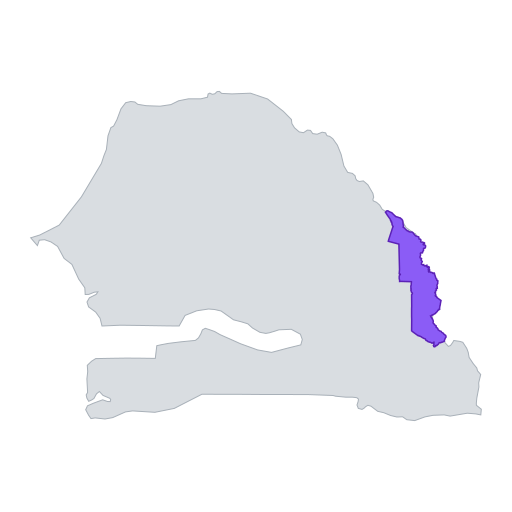 location of Bakel, Tambacounda, Senegal
{"feature_id": "50182788B16013842146029", "entity_name": "Bakel", "entity_type": "district", "adm_level": 2, "iso_a3": "SEN", "parent_name": "Senegal", "parent_adm1": "Tambacounda", "projection": "mercator", "projection_center": [-12.18, 14.211], "detail": "fine", "context": "in_parent", "style": "filled", "palette": "violet", "viewbox_px": 512, "rotation_deg": 0, "n_neighbors": 0, "source": "geoboundaries", "source_scale": "gbopen_adm2", "svg_char_len": 8708}
<svg xmlns="http://www.w3.org/2000/svg" viewBox="0 0 512 512"><path d="M415.5,233.7L422.4,245.9L420.9,251.7L419.3,260.2L423.2,266.4L427.8,270.4L431.1,274.1L434.7,279.3L435.2,289.4L434.6,296.8L436.9,300.1L438.9,304.3L438.5,307.7L437.2,310.8L432.8,314.9L432.1,322.5L439.2,331.7L443.8,336.7L443.7,339.6L445.0,342.7L448.4,346.4L450.5,345.5L452.7,342.5L453.8,340.5L459.9,341.4L462.8,342.3L466.7,348.3L468.2,352.3L469.1,357.4L473.2,363.6L476.8,368.0L477.5,370.8L480.7,374.5L478.7,382.8L478.9,387.0L476.8,398.1L476.3,403.4L476.4,405.3L481.3,409.2L480.8,414.9L475.8,413.9L467.3,413.2L450.1,416.1L444.2,414.9L433.0,415.3L424.9,416.9L414.7,420.6L406.8,419.7L402.6,416.8L396.9,417.0L390.6,415.5L383.8,412.7L377.7,411.3L371.0,406.2L367.9,405.3L365.7,406.6L363.9,408.3L362.0,409.4L358.3,408.4L357.0,405.0L358.1,401.6L358.5,399.1L356.8,397.7L352.7,397.2L346.1,397.2L335.6,396.2L333.1,395.5L309.4,394.6L284.9,394.5L264.0,394.5L237.8,394.3L219.3,394.3L202.0,394.2L188.7,401.0L174.3,408.4L154.9,412.3L132.6,410.9L125.5,411.9L118.1,415.2L112.7,417.6L105.0,419.0L95.1,417.9L91.0,418.6L88.6,415.2L85.7,409.7L87.5,405.8L93.5,403.2L102.7,399.8L107.4,401.5L110.2,401.6L110.7,399.5L109.8,398.3L103.0,395.4L99.4,391.5L96.5,393.8L93.9,398.5L91.8,399.9L88.7,401.3L86.9,398.1L86.2,394.9L87.6,392.5L86.9,378.9L87.7,371.7L87.3,365.3L91.6,361.2L95.7,358.6L111.6,358.3L126.4,358.1L140.7,358.2L155.3,358.4L156.8,345.7L161.4,344.7L168.3,343.4L181.1,341.8L195.4,340.4L198.5,337.9L200.9,333.7L202.4,329.9L205.3,328.3L209.3,329.6L214.6,331.5L220.0,334.6L226.3,337.4L230.4,339.2L240.4,343.7L257.5,349.9L271.5,352.4L288.5,347.9L300.8,344.9L302.3,339.5L300.4,334.2L291.3,329.3L278.9,329.8L275.0,331.1L269.3,332.8L265.8,333.4L259.9,332.3L252.5,328.0L247.8,323.8L241.3,321.8L233.5,319.8L221.1,311.0L214.6,309.5L208.5,309.0L196.7,310.8L185.1,315.4L179.1,326.0L167.5,325.9L143.0,325.5L120.6,325.2L102.0,326.0L100.1,318.3L95.7,312.1L88.6,306.9L87.0,302.0L89.4,297.8L96.3,294.3L97.9,291.8L94.3,292.2L88.8,294.4L85.2,294.5L84.8,287.8L78.7,279.1L71.9,264.4L64.1,258.4L57.6,246.4L50.9,241.9L44.6,239.7L39.3,240.2L37.4,245.6L30.7,237.8L39.8,235.0L59.2,225.1L81.4,196.9L101.4,163.4L104.0,155.5L106.4,149.5L108.0,135.8L110.9,127.6L113.6,126.1L116.9,119.8L121.0,108.8L125.7,102.7L130.8,101.5L134.9,102.0L137.7,104.3L146.2,105.7L160.1,106.2L170.9,104.6L178.6,100.8L188.6,98.8L201.0,98.8L207.5,97.2L208.1,94.0L209.8,93.1L212.3,94.3L214.8,93.8L217.1,91.6L219.4,91.4L221.6,93.4L232.0,93.9L250.5,93.2L267.6,99.0L283.3,111.3L291.4,119.5L291.9,123.6L294.5,127.8L299.2,131.9L303.5,132.7L307.4,130.1L310.5,130.4L312.7,133.6L317.2,134.2L322.2,132.2L325.7,132.9L326.4,134.8L327.2,135.8L329.6,136.3L332.8,138.7L337.4,145.2L341.1,154.4L343.9,166.0L347.7,172.4L352.4,173.4L355.1,175.8L355.7,178.6L357.0,180.5L359.3,181.5L363.3,180.9L367.9,184.8L372.9,193.4L373.7,197.2L372.9,199.3L373.2,200.8L376.5,202.3L379.7,205.1L382.2,209.3L387.8,213.0L396.3,216.3L402.4,221.1L406.1,227.6L413.9,233.1L415.5,233.7Z" fill="#d9dde1" stroke="#a8b0b8" stroke-width="1"/><path d="M444.3,341.2L444.2,341.1L444.3,340.7L445.3,338.1L445.9,337.4L446.0,337.1L446.0,336.4L445.8,335.7L445.5,335.2L444.9,334.9L444.0,334.3L443.5,333.4L443.3,333.2L442.3,332.7L442.0,332.5L441.7,332.3L441.0,331.3L439.6,330.9L439.1,330.4L438.2,329.9L438.0,329.5L438.0,329.1L437.9,328.8L437.3,328.0L436.9,327.7L436.2,327.4L436.1,326.8L436.2,326.2L436.1,325.8L435.2,325.3L434.5,324.5L434.4,324.2L433.4,323.4L433.2,323.1L433.1,322.7L433.2,322.0L433.3,321.3L433.0,320.0L432.5,319.5L432.5,318.9L432.4,318.7L431.8,318.2L431.8,317.9L431.6,317.5L431.0,317.0L430.6,316.0L431.0,316.0L431.2,315.9L431.5,315.4L431.9,315.2L432.2,315.2L432.3,315.0L432.5,315.1L432.8,314.9L433.1,314.8L433.3,314.5L433.8,314.4L434.4,313.9L434.6,313.8L434.8,313.6L435.3,313.6L435.7,313.2L435.8,313.0L435.8,312.7L436.8,312.0L437.0,311.6L437.3,311.4L437.7,310.7L437.7,310.4L437.8,310.3L438.6,310.1L438.6,309.8L438.8,309.4L439.5,309.3L439.7,309.2L439.5,308.4L439.7,308.0L439.7,307.0L439.9,306.5L439.9,305.7L440.2,305.2L440.4,303.6L441.0,300.5L437.5,298.0L437.2,297.7L436.9,297.6L436.8,297.4L436.9,297.2L436.7,297.0L436.7,296.8L436.5,296.5L436.0,296.1L435.8,296.3L435.6,296.2L435.4,296.0L435.3,295.8L435.3,295.4L435.6,295.0L435.8,294.9L435.7,294.6L435.6,294.0L435.4,293.5L435.1,293.1L434.9,292.7L435.5,292.4L435.5,291.9L435.4,291.1L435.5,291.0L435.9,290.8L436.0,290.5L436.5,290.0L436.2,289.1L436.2,288.6L436.3,288.4L436.5,288.2L436.9,288.1L437.3,288.2L437.2,286.2L437.0,285.9L436.9,285.5L437.2,284.4L437.5,283.9L437.7,283.7L437.8,283.1L437.7,282.5L437.9,281.0L437.8,280.7L437.3,280.6L436.8,280.3L436.8,279.3L436.8,279.2L436.6,279.1L436.1,278.7L435.5,277.0L435.2,275.9L434.7,274.7L434.3,273.4L434.2,273.5L434.1,273.2L433.8,273.4L433.6,273.3L433.8,273.3L433.7,273.2L433.8,273.2L433.6,273.0L433.1,273.1L432.8,273.0L432.7,273.1L432.5,272.8L432.0,272.5L431.9,272.5L431.6,272.3L431.1,272.5L430.5,272.4L430.3,272.0L430.2,272.0L430.1,271.9L429.4,271.9L429.2,271.8L429.1,271.6L428.8,271.7L428.7,271.8L428.6,271.6L428.8,271.5L428.8,271.4L428.6,271.5L428.5,271.3L428.5,271.2L428.7,271.3L429.0,271.2L429.2,270.8L429.1,270.6L429.4,270.4L429.1,270.2L428.9,270.3L428.8,270.2L428.6,270.2L428.6,270.4L428.5,270.1L428.3,269.7L428.5,269.6L428.6,269.4L428.7,269.5L428.6,269.8L428.8,269.9L428.8,269.7L429.0,269.8L429.0,269.6L428.9,269.6L429.2,269.6L429.1,269.9L429.5,269.6L429.4,269.4L429.2,269.4L429.1,269.0L428.7,268.9L428.5,268.6L428.7,268.4L428.7,268.2L428.8,268.1L429.1,268.1L429.2,267.9L429.3,267.5L429.2,267.1L428.8,266.7L428.6,266.6L428.2,266.6L427.9,266.8L427.5,267.2L427.3,267.0L427.1,266.9L426.8,266.7L426.7,266.2L427.0,265.6L426.9,265.2L426.6,265.3L426.7,265.6L426.5,265.8L426.1,265.6L425.9,265.6L425.8,265.8L425.7,265.9L424.7,265.9L424.1,265.6L424.1,265.4L423.8,265.1L423.7,264.7L423.5,264.8L423.3,264.7L423.1,264.7L422.9,265.0L422.6,264.9L422.4,264.8L421.8,264.4L421.5,264.3L421.5,263.7L421.4,262.9L421.6,262.6L422.2,261.9L422.3,261.6L422.2,261.4L421.8,260.9L421.1,260.3L421.1,260.2L421.1,259.8L421.6,258.8L421.6,258.7L421.4,258.4L420.2,257.9L420.0,257.6L420.0,256.6L420.6,255.2L420.3,253.5L420.5,253.1L420.9,252.8L421.7,252.9L422.0,253.0L422.5,252.8L422.6,252.6L422.5,252.1L422.8,251.4L423.5,250.6L423.5,248.5L423.7,248.3L424.6,248.3L424.9,248.2L425.2,247.9L425.5,247.2L425.6,246.5L425.6,245.9L425.5,245.5L425.2,245.2L424.6,245.0L423.4,244.8L423.2,244.6L423.2,244.3L423.3,244.1L423.9,243.9L424.3,243.6L424.5,243.4L424.5,242.9L424.2,242.7L423.8,242.9L423.6,242.9L423.3,242.7L422.8,242.1L421.4,242.2L420.8,241.9L420.6,241.4L420.9,240.7L420.9,240.2L420.8,239.7L420.3,239.2L420.1,239.1L419.4,239.1L419.1,239.0L418.7,236.9L415.7,235.9L415.2,235.5L413.6,233.6L413.1,232.9L412.6,232.4L412.0,232.1L411.6,232.0L410.8,232.0L410.4,232.0L410.1,232.0L409.3,231.7L409.0,231.7L408.2,231.0L407.9,230.8L407.4,230.9L407.2,230.8L406.4,230.0L405.7,229.5L404.5,228.1L404.1,227.8L403.2,227.3L403.2,226.9L403.4,226.3L403.5,225.6L403.2,224.9L402.8,221.1L402.5,220.2L402.0,219.6L401.7,219.1L401.1,218.8L400.8,218.4L400.0,217.8L399.1,217.7L398.6,217.4L395.7,216.6L393.7,214.6L393.3,214.3L392.3,213.1L391.3,212.5L389.8,211.9L387.9,210.8L387.6,210.8L387.1,210.8L386.5,211.0L386.0,211.4L385.9,212.0L385.9,212.4L385.8,212.6L385.7,212.6L387.3,215.1L390.2,219.2L390.5,219.9L390.5,220.4L391.0,220.8L390.9,221.0L391.3,221.5L391.1,221.7L391.1,221.9L391.6,222.0L392.0,223.5L391.9,223.7L392.0,224.2L392.0,224.5L392.7,226.0L393.1,226.4L392.3,228.6L391.6,230.8L388.5,240.3L388.3,241.3L398.9,244.1L399.5,269.7L399.2,273.7L400.3,274.2L400.3,274.6L399.6,275.0L399.2,276.3L399.2,278.6L399.6,280.3L399.6,281.5L401.0,281.4L411.4,281.7L411.4,282.8L411.2,283.7L411.3,284.3L411.2,284.7L411.2,285.2L410.8,286.0L410.9,286.8L410.9,288.5L411.1,288.7L410.9,289.1L410.9,289.3L411.2,289.8L410.9,290.4L411.0,290.7L411.3,291.1L411.3,291.6L411.4,292.0L412.0,292.6L412.4,293.2L412.3,293.5L412.0,294.3L411.6,294.7L411.7,306.4L411.6,308.6L411.6,310.9L411.6,316.4L411.7,319.7L411.6,330.8L413.0,332.0L418.1,335.7L418.3,335.5L418.7,335.6L419.4,336.1L419.7,336.0L420.5,336.5L421.4,336.8L421.7,337.2L424.0,338.5L425.1,338.8L425.5,339.2L425.7,339.9L425.9,340.2L426.3,340.6L427.0,340.7L427.1,340.9L427.7,341.3L428.2,341.8L428.8,341.8L429.4,342.2L429.8,342.1L430.7,342.4L431.2,342.8L431.5,342.8L431.9,343.2L432.2,343.2L432.4,343.0L432.9,342.8L433.8,342.2L434.0,342.2L434.0,342.3L433.9,342.6L433.9,343.2L433.7,343.4L433.8,344.0L434.0,344.4L433.8,345.1L433.4,345.5L433.7,345.9L433.7,346.4L433.8,346.6L434.7,346.8L435.0,346.7L435.5,346.0L435.6,345.6L435.8,345.6L436.5,345.7L436.7,345.3L437.1,345.3L437.7,344.6L438.0,344.5L438.3,344.2L438.7,343.7L438.9,343.2L439.3,342.7L439.9,342.6L440.6,342.8L441.2,342.5L441.4,342.2L442.2,342.2L443.0,341.9L443.6,341.5L444.0,341.4L444.3,341.2Z" fill="#8b5cf6" stroke="#5b21b6" stroke-width="1.5"/></svg>